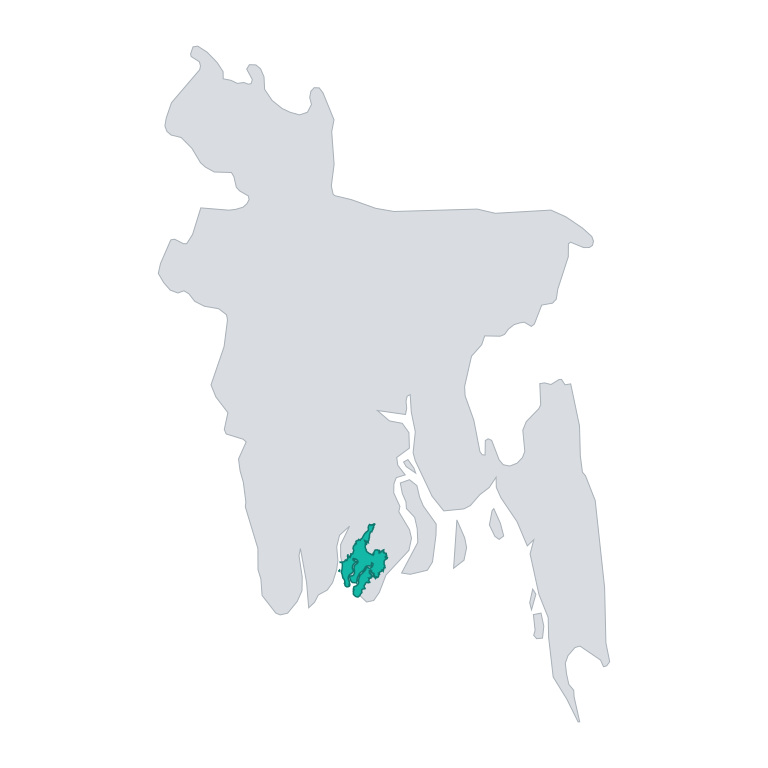 Barguna, Barisal, Bangladesh shown in context
{"feature_id": "16705992B13795829103768", "entity_name": "Barguna", "entity_type": "district", "adm_level": 2, "iso_a3": "BGD", "parent_name": "Bangladesh", "parent_adm1": "Barisal", "projection": "natural_earth1", "projection_center": [90.164, 22.173], "detail": "fine", "context": "in_parent", "style": "filled", "palette": "teal", "viewbox_px": 768, "rotation_deg": 0, "n_neighbors": 0, "source": "geoboundaries", "source_scale": "gbopen_adm2", "svg_char_len": 9630}
<svg xmlns="http://www.w3.org/2000/svg" viewBox="0 0 768 768"><path d="M258.0,569.7L257.9,548.5L245.3,506.8L245.9,502.2L243.3,482.1L240.1,470.9L238.5,459.0L246.2,441.9L243.1,439.2L226.2,434.0L224.3,429.5L227.9,412.7L215.8,396.8L211.0,384.9L224.1,346.6L227.5,319.9L226.5,314.7L218.6,308.7L204.5,306.3L194.7,301.3L188.9,293.8L184.0,290.8L177.9,293.0L170.2,290.1L163.7,282.6L158.3,273.4L160.5,263.5L170.8,239.9L174.6,239.2L183.4,243.7L186.7,243.7L192.6,234.4L200.8,207.9L229.1,210.2L235.9,209.3L243.0,207.2L246.9,203.8L249.1,199.6L248.3,195.9L239.6,190.9L236.3,187.2L233.9,176.6L231.4,172.5L214.3,172.0L205.4,167.1L200.5,162.7L191.9,148.3L181.2,137.5L171.0,135.0L167.0,131.5L164.9,126.0L166.2,118.1L171.5,102.7L199.7,69.7L200.5,66.0L199.4,61.8L191.1,56.5L190.6,53.9L193.0,46.9L197.7,46.1L207.4,52.4L217.2,62.6L223.1,71.7L223.2,78.8L230.9,80.3L237.3,83.4L244.0,82.5L248.3,84.2L251.2,83.6L252.3,79.5L246.7,69.1L249.4,64.7L255.9,64.9L260.6,68.9L264.0,76.9L264.6,89.3L272.1,100.5L282.1,108.5L289.9,112.2L299.4,114.9L307.4,112.3L311.5,104.5L309.7,97.5L310.9,91.2L314.2,87.7L319.2,87.9L323.0,92.9L334.0,119.8L331.7,131.7L334.1,164.4L331.3,186.0L333.1,194.2L334.9,195.7L351.5,199.7L375.6,208.3L394.0,211.5L477.2,209.1L495.3,213.3L550.9,210.1L566.0,216.9L582.5,228.1L591.8,236.5L593.5,241.2L592.5,245.3L589.4,247.5L583.7,247.6L570.6,242.2L568.4,243.8L568.3,256.7L557.8,289.1L556.3,299.1L552.6,303.1L541.7,305.1L534.4,324.0L531.4,326.4L524.2,322.2L519.7,322.9L514.1,324.6L508.5,329.0L504.6,334.4L500.2,336.2L484.7,335.9L481.7,344.7L471.5,356.2L464.6,386.5L465.1,395.8L473.8,420.1L479.9,451.6L482.2,454.8L485.1,455.0L485.3,440.6L488.1,438.8L491.7,440.4L499.1,459.8L503.2,464.7L509.7,466.1L517.1,463.2L522.5,457.5L524.8,451.4L522.8,430.2L526.3,421.6L538.8,408.7L540.7,404.8L539.8,383.6L544.6,382.9L551.0,384.5L559.1,379.5L561.5,379.4L565.0,384.8L570.7,383.9L579.5,425.9L580.3,455.6L582.4,472.1L585.5,475.8L595.2,500.5L604.6,587.6L605.9,642.9L609.7,661.7L606.6,665.9L603.5,666.7L600.6,660.1L580.0,646.1L575.0,647.5L568.0,655.6L565.3,663.2L566.5,673.8L568.8,684.3L573.7,690.3L574.1,696.9L579.7,721.8L578.1,721.9L566.9,699.3L553.2,677.0L548.6,637.1L548.2,617.5L538.9,594.3L530.1,553.9L533.8,539.7L527.3,545.9L517.0,521.6L501.0,497.9L496.3,487.4L496.1,477.2L489.2,487.5L479.8,494.7L470.3,505.6L463.9,508.9L443.8,510.9L432.1,496.3L415.3,460.8L413.1,452.7L415.3,431.8L411.3,412.1L410.2,394.6L407.2,396.2L406.0,401.0L406.7,408.3L405.5,414.5L377.4,410.5L389.4,420.9L402.2,423.3L408.9,432.6L409.4,448.1L396.7,457.5L397.8,465.3L405.2,474.9L396.3,477.6L393.9,483.8L393.7,492.8L399.9,506.4L398.8,511.8L409.5,529.7L411.5,538.3L408.9,550.4L386.0,575.0L379.3,592.4L373.7,600.5L366.6,602.0L358.0,593.8L357.9,585.3L359.7,578.6L371.6,562.3L365.1,564.5L346.6,578.0L343.0,567.1L340.7,557.0L340.6,544.6L349.6,526.1L339.5,535.3L336.7,546.9L337.9,560.4L336.6,570.0L332.6,582.6L327.2,590.1L318.4,594.9L314.5,602.3L308.7,607.8L306.6,582.5L300.4,548.4L299.0,555.7L302.2,576.9L302.0,590.6L297.2,601.5L287.6,613.2L280.2,614.9L275.8,613.1L262.1,595.5L260.9,578.9L258.0,569.7ZM427.4,570.2L410.3,574.3L401.6,573.0L417.8,542.4L417.2,528.6L414.7,517.4L406.4,508.5L406.0,502.0L402.3,493.3L400.3,483.0L409.5,479.7L416.9,485.6L419.6,497.2L423.3,506.0L436.2,524.0L436.0,535.0L432.5,561.9L427.4,570.2ZM464.0,560.2L453.6,568.3L456.9,519.9L464.7,537.9L466.6,547.6L464.0,560.2ZM503.7,536.0L499.2,539.4L494.9,536.4L489.4,525.0L492.1,510.6L493.8,508.6L500.4,523.3L503.7,536.0ZM542.5,638.1L536.6,638.7L533.7,635.2L535.1,630.3L533.4,614.6L541.0,613.1L543.8,626.2L542.5,638.1ZM535.9,594.2L531.5,609.8L529.7,602.8L532.7,589.1L535.9,594.2ZM413.9,468.1L415.7,473.1L406.2,466.6L403.6,462.0L407.9,459.6L413.9,468.1Z" fill="#d9dde1" stroke="#a8b0b8" stroke-width="1"/><path d="M373.6,527.7L373.7,527.1L373.5,526.1L374.7,524.5L374.8,524.2L374.6,523.9L374.3,523.9L373.4,524.1L372.6,524.9L372.3,524.8L371.9,525.2L371.4,524.9L371.0,525.1L370.9,524.8L370.2,524.8L369.5,524.5L368.7,525.8L368.2,527.2L368.4,529.4L368.3,530.2L367.5,531.2L366.5,531.9L366.2,532.0L366.1,532.4L364.9,533.4L363.1,536.3L362.4,538.0L361.0,539.0L360.2,540.4L359.6,540.2L358.8,539.4L357.9,540.6L357.6,540.7L357.3,540.5L357.1,540.5L356.4,541.1L355.9,541.4L355.9,541.8L356.3,542.7L356.3,543.8L355.9,543.8L355.4,543.5L355.2,543.5L354.9,545.0L354.3,545.1L354.0,545.8L353.4,546.4L353.4,547.0L353.0,548.5L353.5,549.6L353.9,550.3L353.1,552.4L352.9,553.7L352.1,553.9L350.8,553.9L350.8,554.9L351.1,555.6L351.0,555.8L350.5,555.8L350.2,556.1L350.3,557.2L350.2,557.4L349.8,557.1L349.4,556.5L349.0,557.0L348.6,556.8L348.0,555.9L348.0,554.9L347.8,554.9L347.6,555.3L347.5,556.4L347.6,556.9L348.0,558.2L347.4,559.0L347.0,559.3L346.9,560.6L346.7,560.6L345.4,560.0L344.7,561.2L344.3,561.6L343.5,561.9L341.9,562.1L342.0,562.2L341.9,562.3L342.3,563.9L342.4,564.7L342.2,568.0L342.0,569.5L341.3,572.2L342.2,574.5L342.7,577.3L342.9,577.6L342.9,578.0L344.0,579.2L344.3,579.9L344.4,580.0L344.6,580.6L344.8,582.1L344.9,582.5L344.7,582.9L344.4,583.3L344.8,583.7L344.7,583.8L344.7,584.1L345.0,584.6L345.0,585.4L345.4,586.0L345.9,586.3L346.9,586.9L348.5,586.6L349.0,586.1L349.3,586.2L349.7,585.7L349.3,584.9L349.7,585.1L349.9,584.6L349.0,580.5L348.5,579.5L348.3,578.9L348.3,577.1L348.8,575.8L349.5,574.7L351.8,573.0L352.8,572.0L353.3,571.2L353.2,570.3L352.4,568.6L352.3,567.1L352.7,565.6L353.2,564.6L354.1,563.5L354.8,563.0L357.0,561.8L356.6,561.5L354.2,561.0L353.3,560.3L353.0,559.9L353.0,558.7L353.6,558.4L353.8,558.5L354.1,558.9L353.4,558.7L353.3,559.4L354.2,559.9L354.5,559.9L354.6,559.7L354.9,559.5L355.2,559.6L354.3,558.9L354.6,558.8L354.9,558.7L356.4,559.4L357.2,560.1L357.6,560.6L357.9,561.3L358.0,561.9L357.7,562.8L357.5,563.2L354.7,565.3L354.5,565.6L354.2,566.8L354.0,568.7L354.5,570.8L354.5,572.4L354.3,573.5L353.9,574.4L353.5,575.0L352.7,575.7L351.6,576.0L351.3,575.9L351.2,576.1L350.4,576.1L349.9,576.3L349.8,576.5L349.7,576.9L349.9,578.0L350.7,580.6L352.0,582.2L352.8,582.6L354.0,582.6L356.2,582.8L356.6,583.1L357.0,580.1L357.0,579.4L357.4,577.8L359.0,574.4L359.5,573.6L360.8,572.2L361.9,571.6L363.5,570.1L364.4,568.9L365.2,567.2L365.9,566.5L366.5,566.1L368.4,565.7L369.5,566.0L370.9,566.1L371.1,565.9L371.7,562.8L372.6,563.4L372.6,563.6L373.0,563.7L373.1,564.1L372.9,565.2L372.3,566.5L371.7,567.2L370.5,568.0L369.8,568.2L368.9,568.2L367.2,567.2L366.6,567.2L365.9,569.1L364.8,570.8L362.4,573.3L360.6,574.8L359.9,575.8L359.0,578.3L358.4,580.1L358.4,581.1L358.6,581.7L358.6,582.6L358.4,583.6L358.0,584.2L356.3,585.8L355.5,586.2L354.2,586.6L353.8,587.0L353.6,587.8L353.3,589.3L353.4,590.3L353.9,589.9L353.9,589.5L354.0,589.6L353.8,590.5L353.2,591.5L353.5,592.4L353.3,593.3L353.4,594.2L354.1,595.1L355.6,596.4L356.3,596.7L357.5,597.0L358.2,596.9L358.6,596.7L359.0,596.2L359.9,595.4L360.6,593.9L361.9,592.6L361.6,590.6L362.0,589.6L362.5,589.1L362.9,588.9L364.1,588.9L365.1,588.6L364.9,588.1L364.2,587.1L364.1,586.1L364.3,585.3L365.2,584.2L365.5,583.4L366.1,582.6L366.8,582.1L367.0,582.1L367.3,582.2L368.0,582.8L368.1,582.7L369.8,582.4L369.8,582.1L369.3,581.4L368.6,580.5L369.2,579.2L369.1,578.8L368.6,578.1L370.4,578.2L370.9,578.1L370.9,577.6L370.7,577.2L371.0,577.2L371.4,577.3L371.7,577.0L371.4,575.8L371.8,574.9L371.5,574.6L370.7,574.4L370.7,574.2L370.8,573.6L370.7,573.3L370.2,573.8L369.4,573.0L369.3,572.6L369.5,571.8L369.3,570.8L369.3,570.7L370.4,569.9L370.7,569.9L371.6,570.8L371.2,571.6L370.9,571.4L370.7,571.7L371.3,572.5L371.9,572.2L372.2,572.5L372.5,573.2L372.8,573.3L373.3,573.1L373.9,573.4L374.0,573.7L373.3,575.0L374.3,575.1L374.5,575.3L374.2,575.7L373.0,576.3L372.7,576.6L374.7,576.8L374.8,577.0L374.7,577.5L375.4,578.3L375.5,577.7L375.9,577.7L375.6,577.4L376.0,576.8L376.8,576.8L377.2,577.1L378.0,577.2L378.5,576.4L378.8,575.2L378.4,574.7L378.7,574.4L379.3,574.2L378.6,573.5L378.5,573.1L379.4,573.2L379.6,572.3L380.1,571.7L380.9,571.6L381.3,571.3L382.2,571.0L382.2,570.7L381.8,570.1L381.9,569.9L383.0,569.8L383.3,570.7L383.8,568.9L383.7,568.0L384.2,567.6L384.7,567.8L385.1,567.7L384.6,566.7L384.8,566.4L384.8,565.5L384.3,564.9L384.1,564.5L384.1,561.3L384.7,560.3L385.3,559.6L387.0,558.7L387.5,557.5L387.1,557.2L387.0,557.4L386.6,557.6L385.7,557.8L385.5,557.7L385.4,557.3L385.2,557.0L385.2,556.7L386.0,556.6L386.7,555.5L386.2,555.0L386.4,554.8L386.2,554.4L386.3,553.5L386.1,553.3L385.9,553.4L385.9,553.6L385.6,553.8L385.4,553.7L384.7,552.8L383.9,552.8L383.9,552.0L383.3,552.0L383.4,551.2L383.7,550.6L383.8,549.8L383.2,550.0L381.8,551.0L381.2,551.5L380.8,552.2L380.4,552.3L380.1,552.0L379.4,552.2L379.7,553.0L379.2,553.2L379.0,552.7L378.8,551.5L379.3,551.7L379.1,551.3L379.5,551.4L379.7,550.8L379.5,550.5L379.3,550.4L379.0,550.8L378.7,550.8L377.7,549.9L375.2,550.0L374.3,551.4L374.0,552.6L373.2,553.2L373.2,553.5L373.8,553.7L373.9,554.0L373.1,555.3L372.1,554.4L371.5,554.7L370.2,553.8L369.1,553.4L367.5,552.1L366.9,551.8L366.6,551.5L366.4,550.7L366.1,550.2L366.3,549.7L365.8,549.1L365.6,548.7L365.4,547.6L365.1,546.8L365.4,545.2L365.6,545.0L365.4,544.9L365.3,544.1L365.8,544.1L366.1,544.4L366.4,544.4L366.7,544.0L366.6,543.5L366.7,543.0L366.5,542.9L366.5,542.6L366.4,542.6L366.2,542.7L366.1,543.0L365.8,543.0L365.7,542.7L365.8,542.5L365.7,542.2L365.4,541.8L365.4,541.5L365.1,541.7L364.7,541.3L364.6,540.5L364.9,540.7L365.5,541.2L367.7,542.2L367.7,542.4L367.8,542.5L368.3,542.7L368.1,541.8L367.6,541.1L368.5,541.0L368.9,540.0L369.0,539.1L368.8,538.3L369.4,537.8L369.5,534.5L370.0,533.5L370.2,532.3L370.4,532.0L370.7,531.9L371.8,531.8L371.8,531.3L372.3,530.4L373.0,529.3L372.7,528.4L372.7,528.2L373.3,528.1L373.6,527.7ZM339.2,571.4L339.8,570.8L339.7,570.3L339.6,570.0L339.1,570.5L338.8,570.9L339.0,571.3L339.2,571.4ZM340.4,563.1L340.4,562.1L340.2,562.1L340.3,562.6L340.4,563.1Z" fill="#14b8a6" stroke="#0f766e" stroke-width="1.5"/></svg>